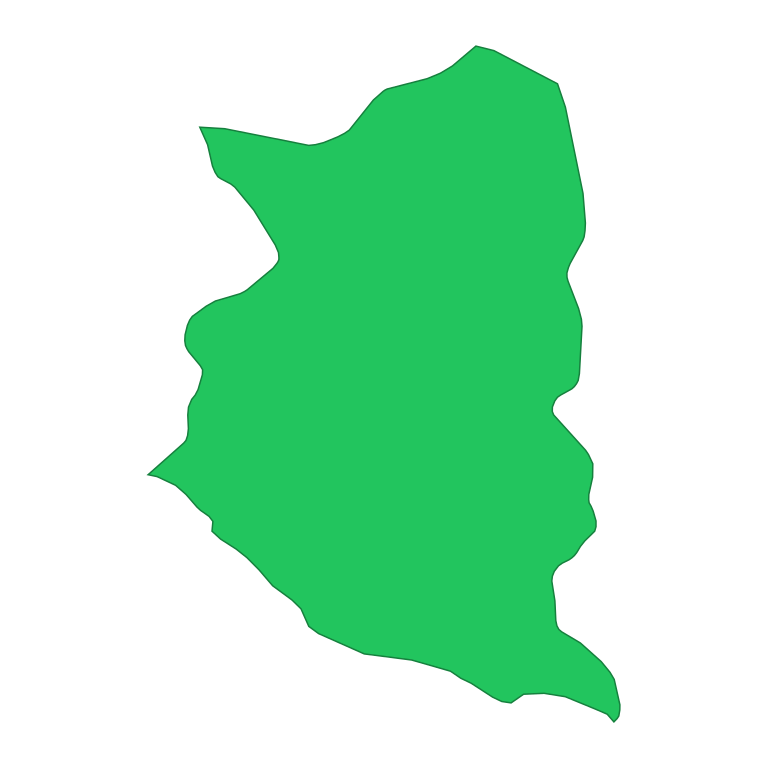 outline of San José
{"feature_id": "URY-5", "entity_name": "San José", "entity_type": "Department", "adm_level": 1, "iso_a3": "URY", "parent_name": "Uruguay", "parent_adm1": "", "projection": "natural_earth1", "projection_center": [-56.713, -34.322], "detail": "fine", "context": "isolated", "style": "filled", "palette": "green", "viewbox_px": 768, "rotation_deg": 0, "n_neighbors": 0, "source": "natural_earth", "source_scale": "10m", "svg_char_len": 1959}
<svg xmlns="http://www.w3.org/2000/svg" viewBox="0 0 768 768"><path d="M613.9,721.9L607.2,714.2L595.9,709.3L565.3,696.7L544.1,693.3L523.6,694.2L511.1,702.9L501.8,701.5L492.7,697.2L471.1,683.2L460.9,678.3L450.5,671.2L411.6,660.0L364.2,653.9L318.6,633.6L308.8,626.4L301.0,608.8L292.0,600.0L272.7,585.8L259.0,569.8L246.9,557.6L236.2,549.1L220.6,539.1L212.0,531.2L212.9,521.4L209.1,516.4L200.6,510.4L197.1,507.2L186.1,494.5L175.6,485.3L157.1,476.6L148.1,474.7L183.7,443.1L186.0,440.4L187.6,435.6L188.4,428.8L187.8,415.0L188.5,407.1L191.7,399.4L195.2,395.1L198.1,389.5L202.4,374.7L202.6,369.7L200.3,365.7L188.8,351.8L187.0,348.8L185.5,345.5L184.8,340.7L185.1,334.8L187.4,325.4L189.7,320.1L192.3,316.4L206.2,306.2L215.4,301.0L240.2,293.7L244.6,291.5L247.2,289.8L273.0,268.3L277.0,263.3L278.1,261.5L278.9,259.5L278.9,257.3L278.5,252.6L275.3,245.0L253.8,210.1L234.8,187.1L230.7,183.9L220.8,178.7L217.9,176.7L215.1,172.3L212.5,166.1L207.6,144.7L199.8,127.2L224.7,128.7L308.7,145.4L315.4,144.7L323.4,142.7L337.7,136.9L344.5,133.4L349.3,130.1L373.4,100.0L383.1,91.4L384.8,90.2L387.2,89.0L427.1,78.7L440.4,73.2L452.4,66.0L475.9,46.1L493.9,50.6L557.5,83.8L565.4,107.2L583.0,193.4L585.4,223.0L585.0,230.8L584.1,236.9L582.7,240.6L570.1,263.5L568.4,267.6L566.9,273.0L567.0,277.3L568.0,281.1L578.6,308.6L581.4,319.3L582.0,326.3L579.4,373.6L578.2,380.4L576.5,383.7L574.4,386.5L571.9,388.8L560.7,395.0L557.5,397.2L554.8,400.9L552.4,407.0L552.3,411.5L553.7,415.0L585.6,450.3L588.5,454.6L592.8,463.8L592.6,477.3L588.8,494.5L588.7,499.7L589.1,502.8L591.1,506.3L593.2,511.2L596.0,521.0L596.0,526.7L594.7,531.2L584.9,540.8L580.5,546.3L576.7,552.6L574.5,555.4L572.0,557.7L569.2,559.7L562.3,563.1L558.5,565.8L554.3,571.3L552.4,576.1L551.8,581.0L554.9,600.9L555.8,620.6L556.9,625.8L558.9,629.5L561.6,631.8L580.4,643.0L601.2,661.6L610.0,672.3L614.2,679.4L619.9,704.8L619.8,710.0L618.8,716.0L617.1,718.6L613.9,721.9L613.9,721.9Z" fill="#22c55e" stroke="#15803d" stroke-width="1.5"/></svg>